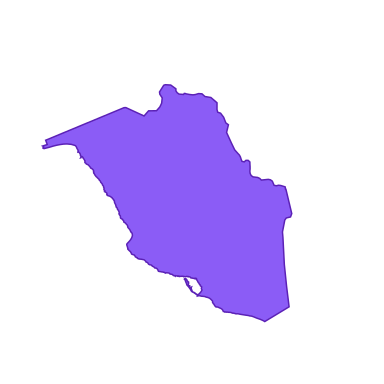 outline of Al Madaribah Wa Al Aarah, Lahij, Yemen, rotated 38°
{"feature_id": "15242507B42929104515356", "entity_name": "Al Madaribah Wa Al Aarah", "entity_type": "district", "adm_level": 2, "iso_a3": "YEM", "parent_name": "Yemen", "parent_adm1": "Lahij", "projection": "albers", "projection_center": [43.959, 12.857], "detail": "fine", "context": "isolated", "style": "filled", "palette": "violet", "viewbox_px": 384, "rotation_deg": 38, "n_neighbors": 0, "source": "geoboundaries", "source_scale": "gbopen_adm2", "svg_char_len": 5995}
<svg xmlns="http://www.w3.org/2000/svg" viewBox="0 0 384 384"><g transform="rotate(38 192 192)"><path d="M46.0,247.7L46.8,247.6L47.3,247.8L47.5,248.0L47.4,248.3L47.4,249.1L47.6,249.2L48.7,248.9L52.1,244.5L54.5,241.1L56.7,238.3L58.8,235.9L61.2,233.4L63.9,231.1L67.5,228.8L70.8,227.5L71.5,227.3L72.4,227.4L73.8,228.0L74.5,228.5L76.2,229.1L76.6,229.3L76.7,229.6L77.3,229.9L77.5,230.4L77.4,231.0L77.2,231.4L77.4,231.2L77.6,230.4L77.6,230.8L77.7,230.5L78.0,230.4L79.4,230.4L79.9,230.7L80.7,231.0L81.7,232.0L82.2,232.2L82.7,232.1L83.0,232.7L83.2,233.6L83.4,233.3L82.7,232.1L83.6,231.8L84.1,231.8L84.8,231.9L85.0,232.2L85.4,232.3L85.8,232.5L86.6,232.6L87.4,232.9L87.9,233.2L88.4,233.3L88.7,233.6L89.2,234.5L89.6,234.7L90.0,234.8L90.8,234.7L91.4,235.0L93.7,234.5L97.0,235.2L97.3,235.5L99.5,235.2L100.7,235.5L101.2,235.7L101.4,236.1L101.9,236.4L102.0,236.7L102.4,236.8L102.4,237.1L102.9,237.6L103.8,237.8L105.1,238.4L107.0,238.9L108.0,238.9L108.9,239.1L109.6,239.1L110.0,239.2L110.7,239.2L111.1,239.3L111.2,239.5L111.9,239.8L112.3,239.7L113.0,239.9L113.6,240.1L114.0,240.5L115.8,240.8L116.5,241.0L117.0,241.5L118.7,241.9L119.3,242.6L120.4,243.1L120.7,243.8L120.9,244.0L121.1,244.3L121.7,244.6L122.3,244.6L122.8,244.7L123.2,245.2L123.1,245.5L124.2,245.3L125.4,245.3L126.3,245.9L126.2,246.0L126.4,246.2L126.5,246.6L127.5,246.8L129.9,245.9L132.6,245.7L133.2,246.1L134.3,246.1L134.8,246.4L135.7,246.5L135.9,246.8L136.3,246.8L137.6,248.1L140.0,249.2L140.5,249.8L141.4,250.2L141.5,250.5L143.0,250.7L143.2,250.8L143.4,251.1L144.1,251.6L145.3,251.8L145.7,252.1L146.7,252.5L147.7,253.4L147.6,253.6L147.9,254.2L148.2,254.2L149.0,254.7L150.2,254.9L150.4,255.2L151.3,256.0L151.4,256.3L151.7,256.5L152.2,256.6L154.0,256.3L154.1,256.5L156.1,256.9L156.6,257.5L157.1,257.7L157.5,257.6L158.8,257.4L159.5,257.7L161.0,257.9L161.6,258.0L162.0,258.4L162.5,258.5L162.7,258.9L163.3,259.4L164.7,259.7L165.7,259.8L166.1,260.0L166.7,260.2L167.8,260.8L168.1,260.8L168.3,261.0L168.7,261.1L169.0,261.3L169.5,261.3L170.0,261.3L170.5,261.6L171.6,262.7L171.9,263.1L172.2,263.8L172.7,265.3L173.0,267.7L172.9,269.9L172.7,272.0L172.7,273.2L173.1,273.8L173.7,274.2L176.4,276.1L176.4,276.4L176.5,276.5L178.3,276.8L178.6,276.8L179.1,276.9L180.3,276.9L180.7,277.2L181.3,277.3L182.6,278.1L183.7,277.8L185.3,277.2L185.6,277.2L186.0,277.5L186.9,277.6L187.4,278.0L187.9,277.8L188.7,277.8L189.3,277.5L189.7,277.8L190.4,277.8L191.1,277.4L191.4,277.5L193.6,276.1L196.0,274.9L196.7,274.9L198.2,275.1L199.0,275.5L199.5,275.2L200.5,275.0L202.2,275.6L203.4,275.4L204.4,274.8L205.2,274.6L205.3,274.7L206.2,274.7L206.4,274.9L207.9,274.5L209.1,274.7L209.3,274.8L211.1,273.9L212.6,274.2L212.9,274.3L213.1,274.5L213.8,274.8L214.3,275.1L215.2,274.8L215.5,274.5L217.4,273.6L218.4,272.9L218.7,272.9L219.6,272.4L220.2,272.3L220.7,272.4L221.1,272.2L221.2,271.8L221.4,271.7L221.5,271.5L221.8,271.2L222.0,271.1L222.6,270.7L223.0,270.5L223.4,270.2L224.4,269.9L225.1,270.2L227.2,269.1L227.6,269.1L228.6,269.3L229.0,269.2L229.2,268.9L230.0,268.8L230.3,268.3L230.7,268.5L230.7,268.3L231.0,268.2L231.4,267.6L231.9,267.2L232.4,267.3L232.7,266.7L232.9,266.5L233.5,266.4L233.6,266.6L234.0,266.5L234.2,266.2L234.2,265.9L234.7,265.7L235.6,264.9L236.3,264.3L236.9,263.9L237.4,264.0L237.6,263.6L238.2,263.2L238.7,263.0L239.0,262.8L239.9,261.6L240.9,261.3L240.8,261.1L241.0,260.9L241.5,260.8L242.4,260.3L243.2,260.2L243.9,260.4L244.3,260.1L245.0,259.9L245.3,259.6L245.8,259.4L247.4,258.6L247.6,258.6L247.4,258.2L248.2,257.6L248.6,257.5L249.2,257.7L249.5,258.3L250.3,258.4L252.7,259.5L253.7,259.6L254.5,260.1L255.5,260.1L256.1,260.7L256.4,260.8L257.8,260.7L258.1,260.9L258.7,262.2L259.2,262.6L259.8,262.8L260.2,263.2L260.4,264.1L260.5,265.2L260.4,267.3L260.2,268.5L259.7,269.4L258.8,269.8L258.4,269.7L257.2,269.9L256.6,269.7L256.0,269.9L255.8,269.8L255.4,269.9L254.8,270.1L253.7,270.3L251.0,268.7L250.2,267.7L250.1,267.3L249.7,268.0L248.9,268.4L248.3,268.0L247.9,267.3L247.0,267.9L246.8,268.0L246.5,267.8L245.4,265.8L245.0,265.4L244.9,265.7L243.9,265.0L243.2,265.0L242.6,264.8L241.9,264.3L241.0,264.1L240.6,264.2L240.3,264.6L240.1,264.4L239.8,264.5L239.5,265.1L239.8,265.5L240.0,265.4L240.8,265.6L242.4,266.7L243.3,267.1L245.2,268.4L247.6,268.8L250.4,269.6L252.6,270.5L252.8,270.4L253.6,270.6L255.4,270.1L255.8,270.1L256.0,270.2L257.3,270.0L258.8,270.1L259.0,270.0L259.3,269.9L259.8,270.0L260.2,270.5L260.3,270.7L260.8,270.0L261.9,269.1L262.4,268.7L263.1,268.6L265.9,266.8L267.2,266.2L267.8,266.2L268.6,265.7L270.0,265.2L271.2,264.9L272.5,264.9L274.8,265.2L275.3,265.3L275.9,265.9L276.0,266.2L276.6,266.5L277.7,266.9L278.0,266.8L279.7,267.5L279.8,267.6L281.1,267.8L281.8,267.8L282.2,267.4L283.2,266.8L286.6,266.0L287.6,265.9L288.8,266.1L290.3,266.9L290.8,266.5L291.9,266.4L292.1,266.0L292.5,265.8L292.9,265.5L293.1,265.5L293.9,264.8L294.9,264.3L295.2,264.0L296.8,263.0L297.6,262.7L298.2,262.7L299.3,261.9L299.7,261.8L300.6,261.3L301.6,261.0L303.1,259.7L305.4,258.6L310.1,256.0L312.5,254.6L313.6,254.2L315.4,253.1L317.5,252.4L320.7,251.5L324.2,250.3L327.4,249.5L329.1,249.3L339.2,222.7L324.7,208.2L309.4,192.3L291.7,171.9L287.9,167.8L282.4,157.0L282.3,154.4L285.0,151.0L283.9,147.6L264.3,132.0L264.0,132.2L262.2,130.6L258.0,132.2L256.0,133.4L254.7,135.1L252.6,136.2L248.6,134.0L246.3,134.1L244.3,135.1L239.3,139.9L237.0,139.6L234.8,140.1L230.8,142.5L228.5,142.6L226.4,141.6L224.8,140.0L223.6,138.1L222.1,136.2L220.6,134.5L219.1,132.7L216.8,132.5L215.0,133.9L214.6,136.1L212.5,137.1L210.5,135.9L208.6,134.6L206.6,133.7L204.6,133.4L199.7,132.5L192.8,129.1L182.6,123.8L179.3,116.6L176.1,116.7L170.9,113.6L166.0,112.3L163.1,113.3L160.9,111.6L156.8,106.3L148.7,105.9L143.4,108.8L139.4,108.5L136.6,110.4L134.6,113.2L132.9,114.9L129.8,116.8L126.7,118.4L126.1,118.5L125.2,119.1L125.3,120.3L121.6,122.8L119.1,122.9L116.9,122.1L115.8,120.6L109.4,120.8L104.9,123.9L104.0,125.3L104.8,133.2L106.5,134.8L110.6,136.2L113.4,140.7L114.3,144.7L114.0,149.8L107.8,154.8L107.4,161.6L87.9,166.2L86.5,167.4L44.8,241.3L48.7,243.7L46.0,247.7Z" fill="#8b5cf6" stroke="#5b21b6" stroke-width="1.5"/></g></svg>